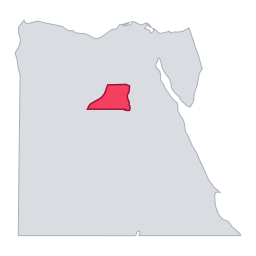 Egypt, with Al Minya highlighted
{"feature_id": "EGY-1545", "entity_name": "Al Minya", "entity_type": "Governorate", "adm_level": 1, "iso_a3": "EGY", "parent_name": "Egypt", "parent_adm1": "", "projection": "natural_earth1", "projection_center": [30.491, 28.195], "detail": "fine", "context": "in_parent", "style": "filled", "palette": "rose", "viewbox_px": 256, "rotation_deg": 0, "n_neighbors": 0, "source": "natural_earth", "source_scale": "10m", "svg_char_len": 3498}
<svg xmlns="http://www.w3.org/2000/svg" viewBox="0 0 256 256"><path d="M240.6,235.6L234.5,235.6L228.4,235.6L222.2,235.6L216.1,235.6L210.0,235.6L203.8,235.6L197.7,235.6L191.5,235.6L185.4,235.6L179.3,235.6L173.1,235.6L167.0,235.6L160.9,235.6L154.7,235.6L148.6,235.6L142.5,235.6L139.0,235.6L139.6,233.7L139.9,232.3L139.5,231.3L138.3,231.0L137.5,231.3L135.7,235.5L134.7,235.7L132.6,235.7L125.4,235.7L118.3,235.7L111.1,235.7L104.0,235.7L96.8,235.6L89.7,235.6L82.6,235.6L75.4,235.6L68.3,235.6L61.1,235.6L54.0,235.6L46.8,235.6L39.7,235.6L32.5,235.6L25.4,235.6L18.3,235.6L18.3,230.6L18.4,225.6L18.4,220.6L18.5,215.6L18.5,210.6L18.6,205.6L18.6,200.6L18.7,195.6L18.7,190.6L18.8,185.6L18.8,180.6L18.9,175.6L18.9,170.6L19.0,165.6L19.1,160.6L19.1,155.6L19.2,150.6L19.2,145.6L19.3,140.6L19.4,135.6L19.4,130.6L19.5,125.6L19.5,120.5L19.6,115.5L19.7,110.5L19.7,105.5L19.8,100.5L19.9,95.5L19.9,90.5L20.0,85.5L20.1,80.5L20.1,75.5L20.0,74.5L19.0,71.1L18.1,66.8L17.2,61.5L17.1,59.8L15.5,54.3L15.4,52.8L15.8,51.7L18.6,47.0L19.5,44.8L20.2,42.1L20.5,39.9L19.7,36.6L18.8,33.6L18.6,30.5L18.5,27.5L19.9,25.4L21.6,23.5L22.3,22.3L23.3,21.0L24.0,20.3L25.3,23.0L28.2,23.5L37.5,21.1L47.8,23.5L53.4,24.5L62.2,26.5L67.5,30.2L68.9,30.7L72.8,30.6L75.2,32.8L85.2,33.8L90.6,36.2L93.6,38.1L95.4,38.7L97.0,38.6L99.2,37.9L101.9,36.6L104.9,34.7L111.1,29.9L113.3,29.0L114.7,29.2L116.4,29.2L117.1,27.9L118.1,27.0L118.6,26.0L119.6,24.7L122.8,24.4L129.2,22.3L128.5,23.3L122.6,25.6L125.1,25.9L127.7,25.1L130.6,24.6L131.2,23.6L131.5,21.8L132.1,21.5L134.1,21.8L140.2,24.7L141.7,24.8L145.9,23.2L146.8,22.9L148.2,23.8L151.3,27.3L150.2,27.3L146.9,24.2L146.6,25.7L144.7,28.4L147.1,29.6L149.0,30.0L150.1,31.5L150.7,32.9L152.6,32.3L154.0,30.5L153.3,29.4L152.8,28.4L153.4,28.4L154.8,29.2L158.6,32.7L159.9,33.4L161.4,33.3L164.5,32.3L165.3,32.5L169.5,31.2L170.0,32.1L170.7,33.1L174.0,32.0L179.3,32.0L183.6,30.9L188.5,28.2L188.9,27.8L189.2,28.4L189.8,30.3L191.4,35.1L192.8,38.8L194.4,43.9L195.0,45.9L195.2,47.3L197.6,53.0L199.1,57.6L200.1,61.4L201.6,67.0L202.3,68.9L201.3,69.9L199.3,73.5L197.2,84.9L194.1,93.9L193.8,99.5L193.3,101.5L191.9,104.3L190.1,107.1L186.8,105.7L181.5,100.8L178.5,96.1L175.2,93.1L172.0,89.2L171.2,86.3L171.2,84.5L169.8,80.0L168.8,77.9L165.0,73.2L163.9,70.6L163.1,69.5L162.2,67.9L160.8,61.7L159.3,57.8L157.6,58.9L157.9,60.6L156.5,62.8L155.6,65.5L156.3,67.6L159.4,70.9L160.0,72.4L160.7,75.5L160.6,79.7L161.2,81.2L163.5,84.3L164.3,86.2L164.8,87.8L165.6,89.2L167.9,92.0L171.2,97.2L174.4,100.7L176.7,102.4L177.6,104.1L177.9,108.5L177.7,110.6L179.8,114.5L180.5,116.5L182.4,118.2L183.3,120.0L184.2,123.0L185.5,132.0L187.1,134.2L192.4,145.9L196.9,153.3L199.0,158.9L202.3,165.6L208.8,180.4L212.6,185.0L214.1,187.6L216.9,189.5L219.9,192.4L217.0,192.1L216.3,192.3L215.3,192.8L214.9,194.5L214.7,195.9L215.1,203.4L215.9,207.2L218.5,214.5L220.4,216.6L221.3,218.0L222.6,219.1L228.5,221.5L232.0,226.8L239.8,233.4L240.6,235.2L240.6,235.6Z" fill="#d9dde1" stroke="#a8b0b8" stroke-width="1"/><path d="M87.4,109.2L88.8,106.2L89.7,104.7L91.0,103.6L99.5,98.8L102.3,96.6L104.7,93.3L107.7,84.9L126.4,84.4L126.7,84.8L129.6,85.9L129.1,91.3L129.0,91.8L128.9,92.0L128.0,93.7L127.4,95.2L127.3,95.7L127.3,96.1L127.3,96.3L127.5,97.3L127.6,98.3L127.6,98.5L127.7,98.8L128.7,100.9L129.0,101.8L129.1,102.4L129.2,104.5L129.3,105.0L129.8,106.2L129.9,106.6L129.9,107.3L130.0,107.8L129.9,108.2L129.6,110.3L127.7,110.6L126.4,110.1L126.1,110.1L125.5,110.2L125.1,110.2L124.6,110.0L124.7,109.7L124.9,109.2L87.4,109.2Z" fill="#f43f5e" stroke="#9f1239" stroke-width="1.5"/></svg>